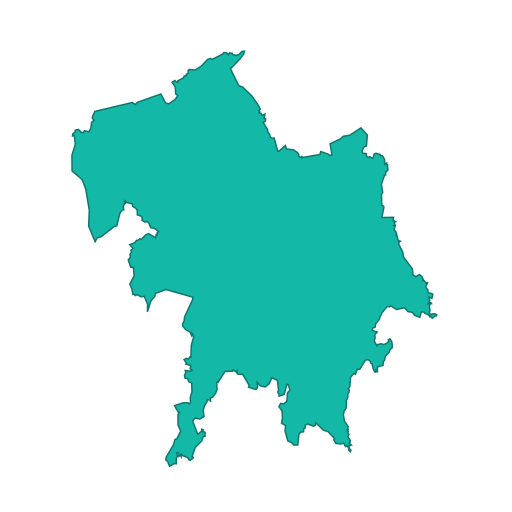 outline of Morelia, Michoacán, Mexico, rotated 353°
{"feature_id": "50627088B87271210555376", "entity_name": "Morelia", "entity_type": "district", "adm_level": 2, "iso_a3": "MEX", "parent_name": "Mexico", "parent_adm1": "Michoacán", "projection": "equal_earth", "projection_center": [-101.279, 19.655], "detail": "fine", "context": "isolated", "style": "filled", "palette": "teal", "viewbox_px": 512, "rotation_deg": 353, "n_neighbors": 0, "source": "geoboundaries", "source_scale": "gbopen_adm2", "svg_char_len": 6109}
<svg xmlns="http://www.w3.org/2000/svg" viewBox="0 0 512 512"><g transform="rotate(353 256 256)"><path d="M372.1,371.4L376.6,367.6L377.4,365.4L380.2,363.5L380.4,357.8L378.8,354.5L377.1,355.3L377.4,356.7L375.3,358.5L372.1,359.5L369.3,358.3L366.0,358.7L365.2,359.9L363.0,354.9L364.3,351.5L364.2,348.7L367.0,346.3L362.3,343.9L363.2,341.5L365.4,341.4L366.7,337.7L370.0,334.7L374.1,327.7L380.2,322.0L382.4,322.8L383.5,321.8L389.1,326.3L397.0,325.4L400.1,329.7L404.5,331.1L406.1,334.2L411.1,336.8L413.4,331.6L416.3,332.2L416.5,333.3L420.4,335.8L421.1,337.5L421.9,337.0L423.4,339.3L426.8,337.1L427.8,337.4L428.2,336.2L425.7,334.9L422.7,335.2L421.6,334.5L421.1,332.6L422.0,331.8L421.9,327.2L423.1,324.7L424.4,324.7L423.7,323.4L421.1,324.4L423.0,321.3L422.6,317.8L425.4,319.5L426.8,316.0L426.1,314.7L422.3,313.5L422.4,310.6L420.5,307.6L423.4,302.9L421.7,304.0L419.2,300.1L418.5,300.5L419.0,299.2L418.1,296.6L415.9,294.3L412.1,296.0L409.5,293.8L409.7,288.0L402.4,275.2L402.1,269.9L399.1,261.7L399.7,259.6L401.0,258.9L399.1,258.1L398.4,253.2L397.5,252.7L398.3,251.8L397.9,249.3L396.2,246.8L397.8,243.2L396.8,242.6L397.9,242.5L397.3,238.9L398.6,238.9L396.3,236.8L397.2,234.4L385.6,233.1L388.8,223.5L388.8,222.0L387.0,221.3L388.1,209.9L389.5,208.5L389.2,200.1L393.5,191.3L394.6,191.3L394.7,189.0L397.4,186.8L397.6,181.5L396.8,181.3L397.0,179.7L394.9,180.7L395.4,175.8L393.9,172.1L391.5,171.6L391.5,170.3L387.4,168.6L385.5,169.4L384.3,172.8L383.2,173.2L381.2,171.4L379.0,171.8L377.5,169.4L378.0,167.8L374.3,167.0L374.4,164.0L376.5,160.9L379.0,160.3L381.3,149.5L375.8,141.6L363.9,147.5L357.2,147.8L354.3,149.9L343.2,153.7L343.7,165.0L340.9,165.1L340.5,163.9L333.0,160.2L331.9,163.0L314.9,163.9L313.7,162.9L312.9,164.0L310.5,161.9L310.8,160.0L309.4,158.0L306.0,155.1L299.4,153.5L298.6,149.9L291.3,154.9L290.4,154.6L288.4,141.1L286.9,141.4L284.7,139.8L284.4,136.8L283.0,135.0L282.8,131.5L279.4,124.4L281.7,123.3L282.3,121.1L280.7,120.5L282.2,116.2L279.3,117.2L278.2,114.8L276.5,114.3L277.3,112.9L276.5,112.1L278.1,110.9L277.2,107.8L271.3,96.5L263.2,86.6L259.7,84.9L253.5,67.1L264.1,58.5L268.3,54.2L269.5,51.3L267.0,51.2L264.0,53.7L261.2,54.5L257.1,53.1L257.1,51.9L254.4,51.1L253.2,52.9L251.5,50.6L248.6,50.2L247.4,51.6L236.0,55.6L234.9,54.3L231.8,55.1L224.6,61.0L218.2,64.0L212.5,62.7L211.2,63.6L211.0,66.3L208.9,67.2L208.9,68.6L206.7,68.6L205.3,70.6L199.8,72.5L200.0,73.7L198.7,74.1L196.9,71.9L193.9,73.4L196.5,78.4L196.0,85.2L197.9,87.4L194.5,91.0L188.0,94.3L184.9,93.1L181.3,83.6L157.0,89.0L154.7,90.9L151.8,88.6L113.8,92.8L110.6,97.8L110.4,99.5L111.8,101.5L109.0,103.4L107.9,108.3L105.6,112.4L101.0,110.8L99.4,112.5L97.7,112.0L95.1,108.7L91.9,109.1L91.6,110.8L89.1,112.3L88.5,114.5L90.3,114.3L90.3,123.2L85.6,133.4L83.8,149.2L92.8,159.0L95.2,169.2L96.1,190.4L93.5,206.0L98.1,222.2L100.6,218.6L104.6,218.0L119.2,209.3L121.5,209.1L126.3,196.6L129.2,194.0L130.4,194.1L130.3,190.6L131.7,188.0L132.8,188.0L132.0,185.9L132.6,185.0L134.1,187.0L139.7,189.3L139.5,191.6L142.6,194.1L143.7,196.3L143.2,200.7L146.2,202.0L147.8,203.9L147.2,206.7L149.9,208.8L152.0,208.5L153.6,210.2L155.0,215.1L158.6,216.1L162.2,220.0L160.9,220.7L160.5,222.9L159.6,222.5L158.5,225.6L152.0,220.7L149.2,221.5L144.0,225.7L143.0,224.7L140.8,226.1L139.5,225.8L137.3,228.0L132.0,229.4L135.0,233.6L132.5,235.1L133.0,236.8L131.1,239.1L131.2,241.8L128.7,244.4L130.3,251.9L133.0,252.4L132.6,260.9L127.3,268.5L128.8,273.3L129.1,279.1L130.4,279.0L131.3,280.6L133.5,279.9L136.9,282.5L140.2,282.4L142.5,290.8L141.4,298.2L146.3,287.7L150.4,284.1L151.6,280.9L162.5,278.3L188.4,289.2L187.8,291.5L177.7,307.7L176.7,311.9L174.7,314.6L174.9,316.8L177.0,320.2L183.7,325.5L183.6,327.7L184.5,328.1L180.9,336.7L179.1,348.6L178.1,348.1L176.4,349.9L174.2,349.1L171.9,350.1L173.9,353.8L173.2,354.8L177.9,356.8L176.9,359.8L178.6,361.6L176.9,362.3L171.8,361.0L172.1,363.2L170.4,365.8L170.7,368.7L173.2,369.2L173.9,372.5L176.7,374.3L175.9,382.9L173.5,388.6L173.1,393.4L171.7,394.8L170.7,393.5L166.0,392.8L156.9,394.6L159.9,401.8L161.0,401.9L159.2,404.0L158.0,414.2L159.9,420.6L155.2,427.8L153.3,428.2L151.0,433.4L142.3,444.8L141.6,447.2L143.3,449.4L144.5,454.2L149.4,452.1L151.5,452.5L152.3,446.7L153.7,445.2L153.2,441.8L154.0,441.3L155.4,442.7L155.0,445.4L156.9,444.3L157.3,446.2L158.2,443.9L158.8,445.2L163.3,447.4L164.8,450.4L165.9,450.8L168.8,449.0L169.3,448.2L168.1,447.4L172.3,438.7L179.8,432.8L181.6,428.7L183.4,428.7L184.0,424.8L181.9,423.9L182.3,421.9L181.1,421.2L180.3,423.6L176.4,425.8L173.1,412.2L175.5,409.4L180.5,411.0L185.5,408.7L184.8,408.8L184.8,402.9L186.4,398.8L189.7,394.5L190.1,392.5L192.9,393.5L193.2,395.4L193.4,391.5L195.6,391.0L199.1,387.4L201.0,384.0L201.5,377.1L202.3,376.0L202.9,376.8L211.2,366.8L218.8,367.5L219.5,366.2L222.3,368.9L223.2,367.8L223.0,370.4L224.0,371.3L228.3,371.7L233.5,383.8L232.6,385.3L238.6,388.1L240.3,388.3L241.6,386.3L241.8,381.5L244.3,385.3L249.1,387.1L253.4,384.5L256.9,378.8L262.1,381.9L262.0,392.1L260.9,393.7L262.1,396.1L261.8,397.9L267.0,396.9L271.0,387.2L272.2,387.4L273.4,393.3L270.6,395.6L268.9,404.0L265.4,406.1L262.5,405.3L260.4,408.4L263.0,412.9L262.5,419.8L261.0,425.1L264.7,427.9L263.5,433.2L265.0,443.4L268.9,445.8L270.5,448.3L274.4,448.7L276.9,438.0L278.8,436.3L281.7,436.3L282.5,433.1L283.8,432.7L284.2,430.0L286.7,429.0L292.4,432.0L294.3,431.0L294.9,428.7L301.7,437.1L306.1,439.1L311.1,445.9L311.6,447.3L310.8,447.9L312.5,451.8L317.3,452.9L320.3,452.5L321.6,456.1L323.1,455.7L324.5,457.4L324.4,459.9L325.6,461.8L326.6,460.3L325.6,459.6L324.9,455.7L327.6,455.3L325.6,453.2L326.8,452.3L327.0,450.7L325.1,446.4L326.5,444.5L325.5,442.9L326.3,441.1L325.4,441.0L325.2,439.4L326.3,439.4L325.9,437.5L326.8,436.8L323.6,430.5L323.4,423.9L324.8,420.4L326.9,418.0L328.0,412.7L327.5,411.9L330.0,407.1L330.3,404.3L331.8,402.3L332.2,400.4L331.5,399.0L333.2,397.1L335.1,387.9L339.0,384.4L340.3,385.5L342.7,380.7L345.2,381.0L351.8,372.9L353.6,372.4L355.3,373.0L356.9,374.8L356.6,376.1L358.0,377.1L358.7,383.0L359.8,385.5L360.7,385.9L361.0,384.0L362.4,385.5L363.0,381.0L368.8,379.9L369.6,375.8L370.7,375.5L372.1,371.4ZM182.8,325.7L181.8,325.1L182.3,326.9L182.8,325.7Z" fill="#14b8a6" stroke="#0f766e" stroke-width="1.5"/></g></svg>